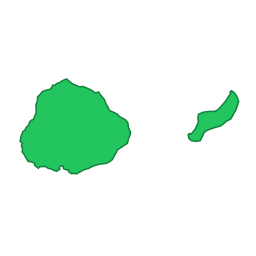 the district of Kauai, Hawaii, United States of America, rotated 192°
{"feature_id": "52423323B55631926154060", "entity_name": "Kauai", "entity_type": "district", "adm_level": 2, "iso_a3": "USA", "parent_name": "United States of America", "parent_adm1": "Hawaii", "projection": "natural_earth1", "projection_center": [-159.682, 22.006], "detail": "fine", "context": "isolated", "style": "filled", "palette": "green", "viewbox_px": 256, "rotation_deg": 192, "n_neighbors": 0, "source": "geoboundaries", "source_scale": "gbopen_adm2", "svg_char_len": 1700}
<svg xmlns="http://www.w3.org/2000/svg" viewBox="0 0 256 256"><g transform="rotate(192 128 128)"><path d="M124.5,121.8L124.7,124.7L127.4,128.1L129.2,133.0L131.6,135.2L138.7,137.5L141.7,139.5L150.1,141.4L151.8,144.2L154.2,146.5L157.1,151.0L162.1,154.9L164.2,157.1L165.4,156.5L167.5,155.5L170.3,157.0L174.4,158.1L180.6,159.3L183.7,158.2L187.7,158.9L191.7,159.7L198.2,163.2L200.6,161.7L203.0,159.8L204.3,158.1L206.9,156.8L208.5,154.4L210.4,154.3L210.6,154.3L211.0,152.0L212.2,149.7L214.8,148.5L217.5,147.1L219.3,145.8L221.3,142.0L222.9,139.7L222.2,135.1L223.0,131.7L222.4,129.7L221.7,127.1L221.1,123.6L221.9,118.9L222.0,118.3L222.3,116.6L224.0,115.7L225.4,113.8L225.8,110.3L227.8,107.1L228.5,104.2L230.1,102.7L230.8,98.1L230.8,92.6L229.5,91.8L228.0,91.1L228.7,88.6L226.6,85.3L226.7,82.7L223.2,79.7L222.5,78.4L218.6,74.5L216.1,74.8L211.7,74.0L211.5,72.0L207.3,70.0L206.4,71.8L203.6,72.4L201.0,73.2L197.3,71.9L194.8,72.1L192.3,71.3L188.9,70.8L186.1,73.5L186.9,74.8L186.7,76.3L184.0,77.5L182.5,74.7L179.8,74.3L178.0,74.8L176.9,72.8L173.7,71.5L171.4,72.4L168.9,72.4L162.4,78.0L158.3,80.2L154.4,83.4L148.4,86.7L145.4,87.7L142.2,88.8L139.6,90.7L136.8,93.7L135.2,99.0L133.6,104.6L125.4,112.9L125.3,117.3L124.5,121.8ZM26.2,168.2L25.2,176.9L28.4,181.9L31.9,184.9L34.6,186.0L35.7,184.2L34.7,183.5L38.0,175.0L41.3,168.7L44.1,164.2L47.1,162.1L52.1,161.1L57.6,159.1L61.9,156.1L61.7,152.4L60.4,148.2L62.0,141.0L64.7,135.6L65.3,135.1L65.9,135.5L66.8,135.2L67.5,134.6L67.7,133.7L66.3,130.5L63.4,128.7L58.1,129.2L54.6,130.8L52.6,139.1L52.0,140.0L51.5,140.9L49.4,142.7L42.9,146.7L38.0,149.1L35.3,152.0L34.7,153.2L32.9,155.4L29.6,157.9L29.2,158.7L26.2,168.2Z" fill="#22c55e" stroke="#15803d" stroke-width="1.5"/></g></svg>